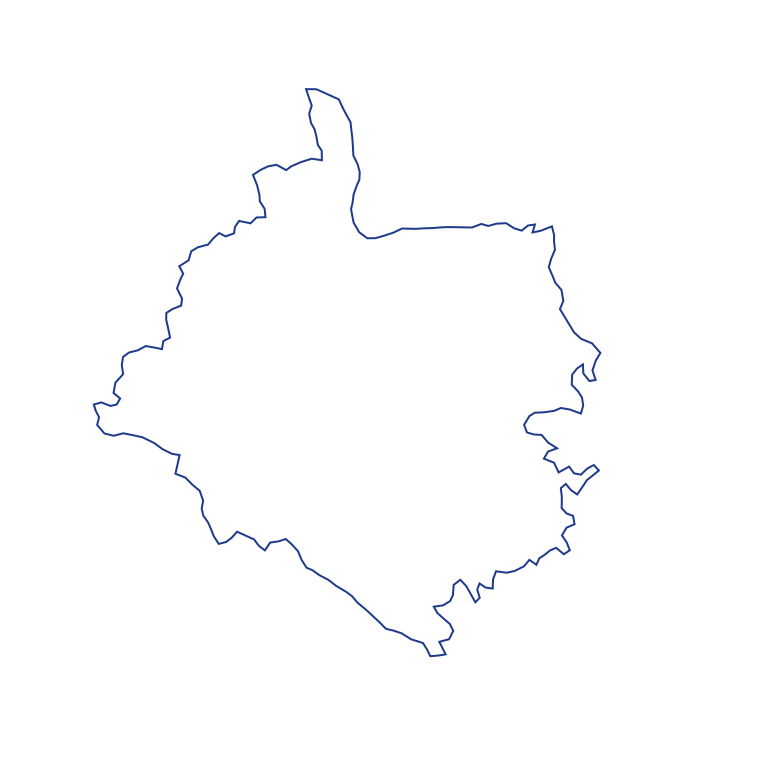 the district of Irani, Santa Catarina, Brazil, rotated 310°
{"feature_id": "56859067B52796199772180", "entity_name": "Irani", "entity_type": "district", "adm_level": 2, "iso_a3": "BRA", "parent_name": "Brazil", "parent_adm1": "Santa Catarina", "projection": "orthographic", "projection_center": [-51.911, -27.029], "detail": "fine", "context": "isolated", "style": "outline", "palette": "blue", "viewbox_px": 768, "rotation_deg": 310, "n_neighbors": 0, "source": "geoboundaries", "source_scale": "gbopen_adm2", "svg_char_len": 3274}
<svg xmlns="http://www.w3.org/2000/svg" viewBox="0 0 768 768"><g transform="rotate(310 384 384)"><path d="M612.7,411.3L602.2,405.6L595.6,400.4L603.2,397.1L597.9,392.4L590.0,390.9L586.9,383.4L585.7,374.2L579.1,367.1L572.1,362.3L569.2,355.7L560.5,350.9L553.1,341.7L546.8,333.9L541.8,328.2L534.8,321.1L528.9,314.5L523.0,308.3L514.7,297.9L505.8,293.8L497.9,288.9L490.2,283.7L484.9,277.5L484.3,267.4L488.0,257.2L492.5,251.5L496.9,246.3L502.5,243.5L509.5,239.0L518.7,235.5L524.7,233.8L530.6,229.3L535.3,222.7L539.3,213.7L546.7,206.8L552.8,200.9L557.7,195.6L563.0,190.1L565.7,183.0L568.9,175.2L573.0,166.4L571.0,159.3L568.9,151.8L566.3,142.7L559.8,134.8L554.5,143.4L550.9,149.6L542.9,153.0L536.9,160.5L534.5,167.1L530.0,173.3L524.6,179.7L522.7,186.3L515.5,192.6L510.1,183.8L500.2,177.5L491.0,173.0L485.0,171.6L482.8,160.7L476.5,155.5L469.6,152.2L460.0,149.2L454.7,159.0L448.7,167.1L444.1,171.5L441.5,179.9L435.6,186.0L429.6,179.3L421.3,178.5L415.7,168.1L408.4,168.9L403.1,172.3L395.3,167.8L393.6,160.7L386.0,159.6L377.7,159.6L369.2,153.6L361.8,151.0L353.2,154.8L342.6,151.5L339.4,159.3L333.5,160.7L324.2,164.0L319.6,174.4L313.7,178.2L305.3,173.7L298.5,171.6L293.2,175.9L287.8,183.0L282.0,190.3L275.0,187.4L268.0,191.5L264.0,184.1L259.9,177.1L251.5,173.7L244.3,168.5L237.0,166.7L230.0,170.9L223.9,177.8L212.3,177.4L203.3,182.6L203.3,191.2L196.5,192.4L191.4,188.6L188.2,179.3L181.8,174.9L178.2,180.4L175.4,187.1L168.3,190.5L166.4,201.7L170.6,210.2L178.6,215.9L183.2,224.2L187.9,233.1L191.1,246.1L191.7,256.1L194.2,266.5L198.2,273.1L181.2,281.9L184.6,291.9L183.7,302.3L183.7,311.6L178.3,320.5L171.3,324.5L167.1,330.1L164.8,338.4L161.5,345.0L158.0,351.4L155.3,360.2L161.5,364.6L167.9,366.1L176.4,366.4L181.4,384.3L179.6,392.3L180.0,399.7L189.3,398.7L195.6,404.3L202.1,408.4L201.9,416.2L200.6,425.7L196.2,434.2L193.5,442.7L195.4,449.1L196.0,457.2L198.2,467.3L198.6,477.2L200.5,488.8L200.9,496.1L199.5,503.8L199.5,516.1L199.0,525.4L198.6,534.0L197.7,542.8L201.2,549.8L204.3,557.6L205.8,568.7L210.6,580.3L208.2,587.9L205.2,594.3L210.6,599.9L216.5,605.0L222.1,592.1L230.3,597.9L239.5,595.7L242.5,588.6L242.6,579.8L242.9,572.0L245.4,565.3L252.5,571.6L260.3,574.2L266.6,572.5L274.9,566.5L283.1,568.3L282.1,576.8L278.7,586.0L275.5,594.3L281.8,594.7L286.4,587.6L292.6,585.4L293.4,592.8L297.2,598.7L304.5,593.1L312.5,590.2L318.4,599.4L324.6,604.2L334.2,608.4L342.7,608.4L343.5,616.9L350.3,615.0L356.6,616.9L363.3,618.2L369.2,621.2L369.2,631.2L376.1,633.2L380.1,625.7L382.4,617.6L391.3,616.2L399.1,620.1L404.5,613.6L402.2,607.1L403.1,599.9L411.5,593.1L417.9,586.4L424.3,587.5L422.9,595.4L423.5,603.0L434.5,602.0L440.7,601.2L447.0,602.5L455.9,604.2L456.8,596.8L449.6,594.0L441.1,593.1L437.7,586.9L439.7,578.9L428.5,574.6L433.0,564.9L429.6,554.5L437.7,553.1L446.0,557.9L444.6,547.5L446.3,537.5L441.7,531.3L438.8,524.7L442.7,517.6L452.8,516.0L458.9,517.9L465.1,524.7L472.8,531.6L479.3,534.9L483.9,542.7L487.9,553.8L495.5,550.5L501.0,544.3L503.1,537.2L504.1,528.3L512.2,522.1L519.9,521.9L526.9,523.8L520.2,529.9L518.3,539.4L523.1,543.5L528.5,534.9L538.1,531.2L546.9,529.8L548.9,517.2L545.3,506.1L545.7,496.4L554.5,470.6L562.9,468.0L570.1,459.5L571.7,450.1L574.8,444.3L579.4,435.1L587.2,431.6L596.7,428.7L602.4,422.7L607.4,418.6L612.7,411.3Z" fill="none" stroke="#1e3a8a" stroke-width="2"/></g></svg>